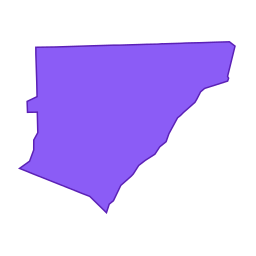 DeKalb, Georgia, United States of America (Mercator projection), rotated 88°
{"feature_id": "52423323B8956150645688", "entity_name": "DeKalb", "entity_type": "district", "adm_level": 2, "iso_a3": "USA", "parent_name": "United States of America", "parent_adm1": "Georgia", "projection": "mercator", "projection_center": [-84.225, 33.792], "detail": "fine", "context": "isolated", "style": "filled", "palette": "violet", "viewbox_px": 256, "rotation_deg": 88, "n_neighbors": 0, "source": "geoboundaries", "source_scale": "gbopen_adm2", "svg_char_len": 847}
<svg xmlns="http://www.w3.org/2000/svg" viewBox="0 0 256 256"><g transform="rotate(88 128 128)"><path d="M211.9,152.5L203.4,149.4L200.2,145.1L185.1,137.2L176.1,126.3L174.1,124.3L165.8,118.6L160.9,111.8L155.1,102.0L147.9,96.9L143.0,90.4L135.1,87.3L119.5,78.1L117.3,75.1L114.4,72.0L104.7,60.2L102.2,58.6L101.9,58.4L94.4,54.2L91.3,50.3L91.0,49.7L84.6,26.8L81.7,25.7L79.9,26.7L49.9,18.2L45.4,23.6L45.3,37.8L45.3,52.1L45.1,67.0L45.2,72.5L45.1,87.7L45.1,89.9L45.0,90.8L45.2,95.3L45.0,107.0L45.0,107.7L45.0,112.5L44.9,133.8L44.9,134.5L44.7,139.5L44.6,160.9L44.5,197.2L44.1,217.3L51.2,217.5L79.5,217.6L86.9,217.7L93.5,217.8L97.9,227.9L108.8,227.9L109.0,218.1L127.8,218.3L129.5,218.3L136.7,222.6L146.7,223.0L157.7,227.5L164.6,237.8L170.5,224.6L185.8,189.7L191.7,176.4L195.0,168.6L211.9,152.5Z" fill="#8b5cf6" stroke="#5b21b6" stroke-width="1.5"/></g></svg>